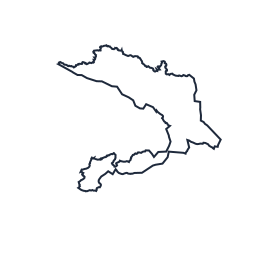 outline of Ulaanxus, Bayan-Ölgiy, Mongolia, rotated 24°
{"feature_id": "93677404B94457736933818", "entity_name": "Ulaanxus", "entity_type": "district", "adm_level": 2, "iso_a3": "MNG", "parent_name": "Mongolia", "parent_adm1": "Bayan-Ölgiy", "projection": "natural_earth1", "projection_center": [88.684, 48.89], "detail": "fine", "context": "isolated", "style": "outline", "palette": "slate", "viewbox_px": 256, "rotation_deg": 24, "n_neighbors": 0, "source": "geoboundaries", "source_scale": "gbopen_adm2", "svg_char_len": 5761}
<svg xmlns="http://www.w3.org/2000/svg" viewBox="0 0 256 256"><g transform="rotate(24 128 128)"><path d="M183.3,74.8L178.0,76.3L175.0,70.7L175.2,65.7L172.0,60.7L169.8,58.6L168.1,56.0L162.3,54.5L161.2,55.6L161.2,56.4L160.1,57.0L159.4,57.1L158.7,56.9L157.0,57.1L156.6,58.2L155.9,58.9L153.3,59.2L153.0,59.9L150.2,60.8L147.4,60.8L146.5,60.3L145.0,61.2L144.2,62.7L143.3,62.3L141.4,63.3L140.4,63.0L140.3,62.7L139.4,60.9L139.5,60.4L140.3,59.7L140.0,59.1L139.8,58.8L138.6,58.3L138.2,57.9L137.5,57.7L137.3,57.1L137.0,56.8L137.1,56.1L137.6,55.7L137.5,55.0L137.1,54.2L136.6,53.8L135.4,53.9L135.1,53.8L134.9,52.7L134.4,52.4L133.3,52.4L131.7,53.6L132.4,54.3L132.5,54.7L132.3,55.6L132.7,56.6L132.7,57.3L132.3,58.1L132.4,58.6L132.1,59.0L131.7,59.2L130.4,59.4L130.2,60.1L132.0,60.5L132.1,61.1L133.2,61.7L131.4,62.8L130.2,62.6L130.4,62.8L130.9,62.9L131.5,64.0L130.8,64.1L129.8,65.4L129.2,65.5L128.1,65.2L127.6,64.9L127.6,64.4L127.0,64.0L126.9,63.7L126.4,63.5L124.6,63.6L123.7,64.0L121.4,63.3L121.1,63.6L121.1,63.9L120.4,64.6L120.1,64.7L119.0,64.0L118.2,64.3L117.2,63.5L115.3,63.2L115.0,62.9L114.5,62.9L114.2,62.1L113.4,61.2L112.7,60.9L111.6,60.0L110.7,59.7L110.5,59.3L109.7,59.2L108.7,59.6L108.3,59.2L108.2,58.8L107.7,58.6L105.1,59.5L104.8,60.0L104.1,60.3L103.8,60.9L101.1,60.4L100.4,60.6L98.8,62.2L96.1,62.3L94.5,62.2L93.4,62.3L93.1,61.5L92.4,61.1L92.4,60.6L90.9,59.9L90.5,59.3L90.5,59.6L89.7,60.4L88.7,60.5L88.4,60.8L87.5,60.9L87.0,60.8L86.7,60.1L85.7,60.0L85.5,59.6L84.9,59.5L84.2,60.1L83.8,60.1L83.9,60.5L83.4,60.9L83.1,61.7L81.5,62.2L81.2,62.2L80.3,61.6L78.7,61.3L78.3,60.9L77.1,61.3L76.8,61.1L76.0,61.8L75.7,61.8L75.5,61.4L74.6,61.2L74.0,61.9L72.5,62.8L71.6,63.9L71.1,64.2L70.3,64.2L69.6,65.1L69.7,65.7L70.5,65.8L70.8,66.3L70.8,67.4L71.4,68.3L71.0,68.6L70.1,68.6L69.6,69.3L68.5,69.4L65.5,71.2L65.5,71.7L65.3,72.2L65.3,72.5L65.9,72.7L65.8,72.9L66.0,73.3L67.2,73.5L67.7,74.0L69.1,74.4L69.1,75.1L69.6,75.7L69.5,76.5L69.6,76.9L68.6,77.3L69.6,77.9L69.9,78.4L69.9,78.9L69.6,79.5L68.9,79.7L69.7,80.6L69.3,81.6L70.0,82.0L69.8,82.4L68.5,83.0L68.1,83.6L66.1,83.9L65.9,84.6L64.4,86.5L62.5,86.5L62.1,86.1L62.2,85.9L60.5,86.0L59.7,86.3L59.6,86.9L59.8,87.1L60.0,88.0L59.9,88.2L57.3,89.2L56.5,89.8L56.5,90.2L56.7,90.4L56.1,90.7L55.5,91.7L54.9,91.8L54.9,92.4L55.2,92.8L53.9,94.7L52.8,94.3L51.9,94.6L51.1,94.4L50.3,95.0L49.1,95.0L48.8,95.1L48.6,95.6L47.9,95.8L46.4,95.4L45.4,95.5L44.6,95.9L43.8,96.0L42.6,95.3L41.7,95.5L39.2,95.3L38.4,96.2L39.0,96.6L38.6,97.8L38.4,98.0L54.5,99.4L55.1,99.6L60.3,100.1L64.2,98.5L70.2,99.1L80.3,98.0L85.2,96.0L96.3,96.4L101.2,94.7L108.9,99.6L116.2,99.7L121.5,100.6L125.7,104.7L131.0,105.2L134.1,104.1L134.9,98.9L142.4,98.8L147.1,101.6L147.0,100.4L148.4,101.2L151.8,102.1L154.0,102.3L154.9,102.7L155.3,103.2L155.5,104.1L155.1,104.9L155.1,105.2L156.1,105.5L156.6,106.1L158.4,107.3L159.7,107.5L160.3,108.2L161.1,107.7L161.6,107.7L162.4,108.2L162.7,108.7L164.1,109.1L165.4,109.0L163.3,113.4L168.3,118.2L169.0,119.4L172.4,123.1L172.8,127.6L172.5,134.0L165.4,137.6L163.5,143.9L160.4,141.9L156.3,140.0L153.2,141.3L153.2,142.4L151.9,143.1L150.8,144.0L150.7,144.5L150.1,145.4L148.7,145.6L147.1,146.2L146.9,146.5L147.0,147.2L146.5,148.0L146.2,148.2L145.1,148.2L144.6,148.9L144.7,149.3L144.3,150.1L143.4,150.6L143.0,153.0L142.7,153.5L142.9,154.3L143.1,154.4L143.0,155.1L143.3,155.7L143.3,156.3L142.6,157.6L142.7,158.7L140.5,158.7L139.3,159.8L137.9,160.5L135.9,161.0L133.8,161.2L133.9,162.2L131.6,164.8L131.6,165.3L132.0,165.7L133.2,166.5L133.1,167.0L132.7,167.8L132.0,168.6L131.3,168.8L131.0,168.3L130.2,167.9L128.8,167.7L127.6,166.7L127.8,166.1L128.3,165.6L128.3,165.0L128.4,164.5L128.2,164.2L128.4,163.1L128.9,161.9L128.7,161.2L128.8,160.3L128.3,159.7L128.0,158.5L127.4,157.5L126.5,157.4L125.5,156.7L125.2,156.7L124.5,158.2L123.4,158.5L122.4,159.5L122.2,160.0L121.7,160.4L121.6,160.9L121.4,161.0L121.4,160.8L120.7,161.2L120.4,162.1L119.8,162.1L119.8,163.0L119.6,163.6L118.3,164.3L117.7,165.2L117.1,165.6L116.6,167.4L116.1,167.7L115.7,168.2L115.2,168.3L115.8,167.1L115.6,166.9L115.1,167.8L114.9,168.3L113.1,169.3L110.6,169.6L110.2,169.3L110.4,169.2L109.6,169.6L109.1,169.4L109.1,169.1L108.8,169.5L109.2,169.8L108.5,170.1L108.0,170.2L107.1,169.8L106.9,170.9L107.3,171.6L107.3,175.0L107.7,175.7L107.4,176.6L107.5,176.9L108.3,177.8L108.4,179.1L107.7,180.7L106.2,182.3L105.1,183.0L103.3,184.6L102.6,184.8L102.6,187.3L103.3,186.6L104.1,187.2L105.4,187.3L104.9,188.7L105.0,189.1L105.7,189.1L105.8,189.6L106.4,189.9L107.1,189.8L108.2,190.3L108.2,190.8L108.5,191.3L108.1,192.5L107.1,194.0L106.4,194.5L106.0,195.8L104.9,197.4L106.4,199.2L106.9,199.4L107.0,200.3L107.7,200.7L107.5,201.4L107.5,201.8L106.9,202.9L110.6,203.6L113.0,203.4L114.6,202.9L115.2,203.0L115.4,202.7L116.3,202.4L118.4,200.3L119.5,200.2L120.1,199.9L120.6,199.2L122.1,199.2L123.4,198.5L124.5,198.5L124.5,198.1L124.3,198.0L124.6,197.7L124.6,197.2L124.1,196.5L124.0,195.6L125.4,193.9L126.4,193.6L126.6,191.8L126.4,191.0L126.1,190.6L125.2,190.1L124.4,190.1L123.1,189.1L123.0,188.9L122.5,187.6L122.6,187.2L122.6,186.3L123.3,183.2L125.9,179.2L127.5,175.6L132.8,176.4L133.5,170.7L134.5,171.1L136.1,172.2L138.0,172.8L140.9,172.6L142.1,172.2L143.2,171.0L144.7,169.7L145.5,169.4L146.7,169.6L149.2,168.8L149.3,168.5L150.7,167.9L152.1,166.5L159.0,163.2L166.0,152.2L168.2,150.3L174.0,146.5L176.1,138.6L174.9,133.0L188.8,128.1L191.0,128.0L190.8,127.0L191.0,126.6L191.0,125.7L191.4,125.0L191.4,124.5L191.3,123.6L191.8,120.9L187.1,114.8L188.9,114.6L191.2,115.0L193.5,114.8L196.1,114.9L197.7,114.6L199.0,113.9L200.4,112.8L202.7,112.0L202.9,110.8L204.8,110.2L207.9,110.3L209.3,111.2L211.9,111.5L213.1,111.5L213.8,111.9L214.9,112.1L214.7,109.5L217.6,108.7L217.2,106.6L217.4,100.9L199.3,93.4L196.6,92.9L194.7,91.8L191.5,91.6L189.5,86.7L186.3,81.6L185.7,79.9L183.3,74.8Z" fill="none" stroke="#1e293b" stroke-width="2"/></g></svg>